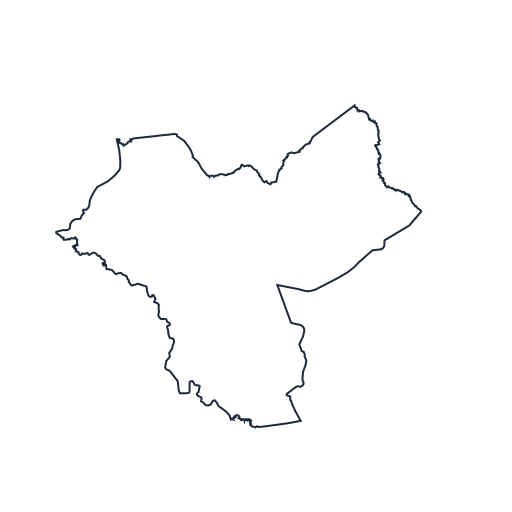 outline of Yang Talat, Kalasin, Thailand, rotated 153°
{"feature_id": "78962969B97820746751247", "entity_name": "Yang Talat", "entity_type": "district", "adm_level": 2, "iso_a3": "THA", "parent_name": "Thailand", "parent_adm1": "Kalasin", "projection": "orthographic", "projection_center": [103.312, 16.452], "detail": "fine", "context": "isolated", "style": "outline", "palette": "slate", "viewbox_px": 512, "rotation_deg": 153, "n_neighbors": 0, "source": "geoboundaries", "source_scale": "gbopen_adm2", "svg_char_len": 6070}
<svg xmlns="http://www.w3.org/2000/svg" viewBox="0 0 512 512"><g transform="rotate(153 256 256)"><path d="M99.8,345.4L151.5,336.3L155.8,333.0L156.9,333.1L157.1,332.0L161.1,332.7L165.5,331.3L165.4,331.0L169.6,330.4L169.7,329.1L175.7,330.4L177.4,332.2L181.4,332.6L181.7,332.1L181.8,330.9L183.8,330.5L183.7,329.8L188.0,328.7L187.6,328.1L189.6,326.5L190.5,324.4L192.9,323.7L193.5,322.4L195.5,322.1L196.0,322.4L200.0,318.5L201.0,316.7L201.8,316.3L202.5,315.0L204.3,313.0L204.9,313.6L206.8,313.7L209.0,314.5L210.6,313.3L212.7,316.3L212.7,318.0L215.0,317.9L215.9,320.3L215.9,324.6L216.5,324.9L216.6,326.7L216.0,327.0L216.0,328.1L216.7,329.9L216.5,331.8L218.2,333.9L219.8,338.7L220.3,339.3L221.7,339.5L221.8,340.3L222.4,340.5L225.8,341.3L227.0,343.7L228.2,343.4L229.2,342.1L231.5,341.1L232.0,341.1L232.1,341.7L232.6,341.8L236.6,341.3L237.9,340.5L238.4,340.9L239.2,340.5L243.0,341.2L243.4,341.8L244.5,341.3L246.8,342.0L246.7,342.3L249.9,344.8L251.4,345.4L253.4,345.0L255.5,346.0L257.5,345.6L257.5,346.3L258.1,347.3L260.9,348.1L261.3,347.8L261.2,348.3L262.0,348.6L261.9,349.3L262.9,350.2L264.8,358.8L264.9,365.9L267.6,373.0L266.6,374.1L266.1,379.5L266.4,383.8L267.8,391.4L271.9,398.6L271.4,400.2L271.9,400.7L273.1,401.7L312.2,416.5L313.7,416.0L314.9,417.1L315.5,416.0L315.4,414.9L317.9,415.8L319.4,414.8L323.9,414.4L323.6,416.0L324.7,416.6L325.3,418.3L326.0,418.4L326.4,419.8L325.6,421.0L324.9,421.2L325.2,422.5L327.1,423.2L329.6,413.0L333.5,402.7L337.0,396.3L339.0,394.4L345.4,391.9L353.8,389.8L366.2,389.5L371.6,386.5L376.2,383.2L379.1,380.6L381.4,377.0L383.4,375.2L386.4,374.2L388.2,375.5L389.5,375.3L389.9,374.5L389.7,372.4L392.8,371.2L395.6,368.9L400.5,370.8L403.7,370.6L406.8,369.0L409.2,365.3L411.1,364.7L413.0,365.0L416.4,366.8L422.9,368.2L423.6,367.1L421.2,363.0L420.7,360.8L419.2,359.8L420.1,358.4L419.9,357.6L416.8,356.4L415.4,356.4L414.6,355.3L412.5,355.8L410.3,354.2L408.7,354.8L408.4,354.6L408.8,353.3L408.0,352.5L407.9,351.8L409.7,348.7L410.0,346.7L410.7,346.7L411.8,347.7L412.6,346.6L413.8,347.8L414.8,347.6L414.7,347.0L413.5,346.5L414.5,345.2L413.1,343.7L414.4,341.9L412.4,340.1L412.9,338.6L412.4,337.0L411.5,336.4L409.8,337.3L408.4,336.0L404.9,335.1L404.5,334.7L404.5,333.1L403.6,332.5L400.1,333.1L398.4,332.2L397.2,330.4L396.9,328.1L395.0,326.8L395.1,324.2L393.0,321.1L393.5,318.6L394.1,318.5L395.7,319.3L396.2,318.8L396.2,316.7L395.5,316.5L394.4,316.8L393.8,316.3L395.1,312.2L391.8,310.0L390.5,308.5L389.4,303.9L388.4,303.3L386.7,303.2L383.9,302.2L383.1,299.8L381.3,297.9L380.4,296.1L381.0,294.2L380.3,292.0L381.2,290.4L380.2,286.2L376.3,285.2L374.1,285.1L367.4,278.5L369.1,273.8L369.8,269.5L369.2,268.0L368.2,267.3L367.1,267.2L366.1,268.3L365.0,267.2L365.0,263.6L367.7,261.2L365.4,259.0L364.7,256.7L366.8,253.1L367.6,250.6L370.0,247.6L370.1,245.5L369.2,242.8L366.0,241.5L364.7,240.4L365.0,237.6L363.6,235.8L363.5,234.9L364.3,233.5L366.7,233.9L367.6,232.9L367.9,230.1L369.7,225.5L370.0,222.0L367.5,220.0L367.4,217.9L369.0,215.5L370.9,214.0L372.8,211.5L377.3,209.1L378.5,205.3L383.6,203.2L387.5,198.0L387.6,196.7L387.2,195.4L385.6,193.7L384.9,192.3L382.6,179.9L385.9,171.2L386.1,168.2L380.4,165.3L377.6,164.6L376.8,165.3L372.4,173.8L371.0,174.1L369.2,173.1L369.1,169.3L368.4,168.4L365.7,166.6L365.2,165.6L369.0,160.9L371.0,160.3L371.6,159.3L371.5,158.3L368.9,154.7L369.0,154.0L370.9,151.6L369.6,149.4L368.5,145.9L366.6,144.6L364.2,144.2L360.1,146.5L358.3,146.2L357.6,143.7L357.5,139.3L353.4,131.2L352.0,126.3L352.6,121.7L351.7,121.8L350.8,120.9L351.0,121.9L349.4,121.5L349.0,122.3L348.3,121.8L347.7,122.5L347.6,121.9L347.1,121.8L346.9,122.8L346.2,123.0L345.2,122.9L343.9,121.7L344.3,120.0L344.8,119.6L344.0,119.5L344.2,117.8L343.6,116.3L342.9,116.3L343.3,117.1L341.8,116.7L340.9,115.9L341.1,114.4L340.4,115.3L338.9,115.1L338.9,114.4L338.3,114.4L338.5,113.7L338.0,113.1L336.3,113.8L335.6,112.8L336.2,112.0L335.3,111.5L337.3,110.0L337.4,109.4L336.9,109.8L336.5,109.5L337.3,106.7L336.9,105.8L334.6,104.2L334.3,103.5L332.1,103.7L331.3,102.5L327.8,101.0L304.1,92.7L291.0,88.8L291.4,100.1L291.1,107.2L290.4,111.4L290.8,112.1L289.4,115.3L291.8,118.0L291.3,119.1L280.1,121.2L278.1,121.1L275.5,119.2L273.5,119.4L271.8,120.3L271.0,122.1L270.8,124.7L266.7,131.4L261.1,136.6L258.6,140.1L258.2,144.8L257.1,146.4L257.1,149.1L258.4,150.4L257.5,157.6L250.7,162.9L247.2,167.1L246.3,168.7L246.1,171.1L247.5,174.2L254.8,180.2L255.0,181.2L250.2,220.5L232.7,206.8L227.9,202.4L225.8,201.0L223.6,200.2L218.6,199.1L193.8,199.2L181.7,199.9L173.6,201.5L167.2,203.7L149.7,208.2L142.4,205.5L140.1,205.2L138.6,205.6L137.0,206.9L134.4,211.6L105.6,213.6L88.8,220.5L88.6,221.5L89.2,223.3L90.1,224.5L90.9,227.9L91.7,228.1L91.6,229.4L92.4,231.7L92.5,235.8L92.2,236.1L92.4,236.5L91.8,238.5L92.4,239.5L91.8,239.6L91.7,240.1L92.3,240.5L92.0,241.4L92.3,241.9L93.2,242.1L93.5,242.8L94.3,242.7L94.9,243.3L95.1,243.8L94.5,244.3L95.6,245.7L95.4,246.0L97.0,246.5L96.9,247.2L98.9,249.6L99.8,250.0L99.9,250.8L101.3,251.3L101.6,251.0L101.7,251.8L102.6,252.0L103.2,254.2L104.0,254.1L104.0,254.6L106.4,257.1L106.5,258.0L108.0,257.7L108.8,260.5L108.1,262.1L108.7,262.6L108.3,263.3L108.6,264.2L108.4,264.7L109.0,265.5L107.3,266.8L107.5,267.7L108.7,268.0L108.6,269.5L109.4,269.7L108.8,270.1L108.6,271.4L109.7,272.9L109.6,273.3L109.1,273.8L108.3,273.8L108.0,274.5L107.6,274.3L107.9,275.1L107.2,275.5L107.5,276.3L106.5,278.1L106.6,279.7L105.6,281.0L105.9,282.2L105.1,282.8L103.3,282.6L103.7,284.6L103.3,285.5L102.5,285.9L102.7,286.5L102.0,286.3L101.9,287.0L100.9,286.8L99.4,288.9L99.4,290.3L100.2,290.9L99.5,292.1L100.0,292.4L99.2,294.5L99.5,295.0L99.2,296.0L99.7,296.6L99.3,297.2L99.8,300.3L99.3,300.6L98.3,300.0L95.4,299.6L95.5,302.0L93.2,302.6L93.2,305.0L91.8,309.2L91.0,309.7L90.7,311.0L89.8,311.7L90.2,313.2L89.0,315.4L89.5,316.9L88.4,319.6L89.5,320.2L89.1,321.9L89.9,321.7L90.4,322.0L90.7,323.1L90.4,323.6L92.0,324.0L92.0,324.9L92.6,325.5L92.3,326.3L93.2,326.4L92.2,330.7L92.3,332.5L93.1,333.6L93.0,334.3L93.9,335.3L94.4,335.4L95.0,336.5L95.7,336.7L95.9,337.3L98.7,338.1L98.3,339.4L99.5,339.7L98.7,342.1L99.7,342.8L99.8,343.6L100.3,344.0L99.8,345.4Z" fill="none" stroke="#1e293b" stroke-width="2"/></g></svg>